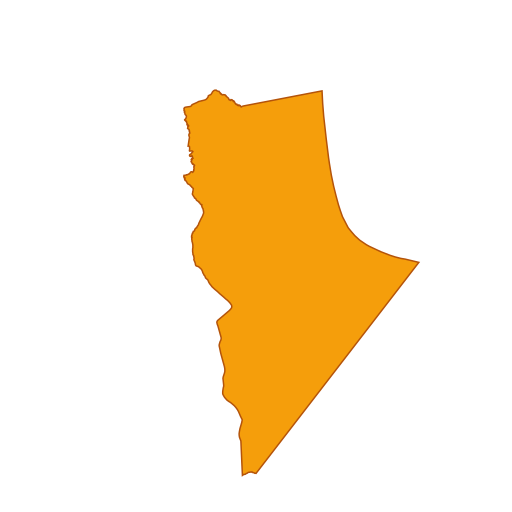 the district of Chiengi, Luapula, Zambia, rotated 136°
{"feature_id": "96606910B82152127957425", "entity_name": "Chiengi", "entity_type": "district", "adm_level": 2, "iso_a3": "ZMB", "parent_name": "Zambia", "parent_adm1": "Luapula", "projection": "albers", "projection_center": [29.176, -8.776], "detail": "fine", "context": "isolated", "style": "filled", "palette": "amber", "viewbox_px": 512, "rotation_deg": 136, "n_neighbors": 0, "source": "geoboundaries", "source_scale": "gbopen_adm2", "svg_char_len": 6013}
<svg xmlns="http://www.w3.org/2000/svg" viewBox="0 0 512 512"><g transform="rotate(136 256 256)"><path d="M395.4,133.4L418.2,107.6L417.6,107.5L416.5,107.4L416.4,107.2L416.1,107.0L415.9,106.8L415.3,106.5L415.1,106.4L414.6,106.4L414.2,106.3L413.3,105.9L412.6,105.9L411.5,105.5L410.7,104.8L410.3,104.6L409.9,104.3L409.6,103.8L409.1,103.7L408.7,103.0L408.7,102.3L408.1,101.7L407.8,100.5L407.3,100.1L407.0,99.6L143.3,138.3L150.9,150.2L153.5,153.7L156.4,158.4L159.1,163.4L163.3,172.5L167.8,184.3L168.8,187.6L170.4,195.3L170.8,202.0L170.5,207.4L170.1,212.0L169.9,212.9L166.5,224.2L163.9,229.9L161.1,235.6L156.8,243.4L151.6,252.4L145.6,261.9L139.1,271.3L135.6,276.2L124.4,291.1L110.3,309.4L102.0,319.5L93.8,328.9L160.9,372.7L161.5,373.0L162.1,373.2L162.7,373.4L162.9,373.4L163.1,373.5L163.2,373.8L163.0,374.2L163.0,374.5L162.9,375.0L163.2,375.1L163.2,375.3L163.1,375.5L163.2,375.8L163.2,376.2L163.4,376.5L163.6,376.3L164.0,376.2L164.4,376.7L164.6,377.2L164.4,378.6L164.5,378.7L164.9,378.7L165.0,378.9L165.0,379.1L164.7,379.0L164.8,379.2L164.9,380.4L164.6,381.1L164.3,382.3L164.7,382.4L165.0,382.7L164.9,383.0L164.6,383.1L164.5,383.3L164.4,383.4L164.8,384.1L164.7,384.6L164.7,384.9L164.8,385.2L165.1,385.4L165.3,385.8L166.1,385.5L166.3,386.3L166.6,386.5L166.6,386.8L166.8,387.1L166.8,387.4L166.4,388.0L166.2,388.6L166.4,391.0L166.5,391.6L166.5,391.8L166.2,392.1L166.3,393.3L166.4,393.6L166.8,393.8L167.1,394.5L168.2,395.2L168.5,395.7L168.5,396.6L168.6,396.8L168.4,396.8L168.6,397.5L168.4,397.5L168.4,398.0L168.4,399.7L168.2,400.1L168.5,400.4L169.3,401.7L169.4,402.9L169.8,403.3L170.6,404.0L171.6,404.3L173.2,404.3L174.7,403.8L176.3,403.5L178.2,404.2L179.2,404.3L179.9,403.7L181.5,403.4L183.0,403.3L184.7,403.9L190.0,407.0L191.7,407.4L196.9,409.3L197.7,409.0L198.6,409.0L199.4,409.2L203.0,411.8L204.2,412.4L204.5,412.4L205.5,412.0L205.5,411.6L206.3,411.1L206.7,410.7L206.8,410.4L206.6,409.8L206.7,409.6L206.8,409.5L207.4,409.4L207.7,409.1L207.7,408.6L208.6,407.2L208.7,406.8L208.6,405.8L208.8,405.1L209.3,404.6L210.6,403.8L211.0,403.7L211.7,403.4L212.3,403.7L212.8,403.5L212.9,403.1L212.8,402.7L212.9,401.9L212.5,401.6L212.5,401.1L212.9,400.7L213.3,400.1L213.5,399.2L213.6,398.9L214.0,398.8L214.4,398.5L214.5,398.2L214.3,398.0L213.9,398.1L213.9,396.8L214.0,396.5L214.4,396.2L215.0,396.3L215.1,396.5L215.2,396.4L215.7,395.8L216.2,395.6L216.6,395.3L216.4,393.8L216.3,393.5L216.7,392.8L216.8,392.8L216.9,392.5L217.2,392.3L217.1,392.0L217.8,391.3L218.1,390.5L218.2,390.4L218.6,390.3L218.8,390.4L219.7,390.1L220.5,389.4L221.4,387.7L221.8,387.2L222.8,386.6L228.5,382.2L228.0,381.8L227.8,381.1L228.0,380.7L229.4,379.0L230.3,378.4L230.8,377.9L230.9,377.6L229.6,376.6L229.0,375.9L228.8,375.1L229.0,374.9L230.0,374.9L231.6,374.5L232.4,374.8L233.4,374.9L233.9,374.6L234.2,374.1L234.2,373.6L234.0,373.2L233.5,372.8L232.5,372.7L232.4,372.1L232.8,371.6L233.3,370.7L233.4,370.1L233.9,370.3L234.2,370.7L234.4,370.7L234.9,370.6L235.0,370.1L235.2,370.3L235.4,370.4L235.6,370.4L235.8,370.0L235.7,369.7L236.2,369.2L237.0,369.1L237.2,368.9L237.1,368.7L237.2,367.8L237.5,367.4L237.7,367.0L237.5,366.3L237.8,366.1L237.7,365.7L237.3,365.5L237.4,365.3L237.3,365.0L237.2,364.2L237.5,364.0L237.5,363.8L238.2,363.8L238.3,363.7L238.3,363.4L238.9,363.2L239.1,362.8L239.4,362.6L239.5,362.2L240.0,361.8L240.6,361.5L240.7,361.2L241.1,361.1L241.3,360.7L241.7,360.7L242.3,360.2L242.9,360.3L243.4,360.2L243.5,361.0L244.0,361.5L244.4,361.7L244.7,361.8L246.7,361.4L246.9,361.5L247.3,361.6L247.5,361.8L247.9,361.8L249.2,362.3L249.5,362.7L250.1,362.7L250.8,363.4L251.5,363.6L251.7,363.9L252.0,363.6L252.4,363.5L252.5,363.6L252.7,363.4L252.8,362.5L252.9,362.4L253.1,362.4L253.3,362.4L253.4,362.1L253.4,361.6L253.4,361.4L253.1,361.2L253.8,360.9L253.8,360.6L254.1,360.6L254.4,359.9L254.5,359.6L254.3,359.3L254.2,358.6L254.5,357.0L254.7,356.5L254.9,355.7L254.9,355.2L254.4,353.8L254.2,352.8L254.4,351.8L254.1,350.9L254.4,350.1L254.2,348.1L254.8,347.7L256.2,346.5L256.7,346.3L257.3,345.7L258.2,345.2L258.7,344.8L258.9,344.5L259.3,342.8L259.6,341.0L259.9,340.5L259.8,340.0L259.6,339.7L259.6,338.9L260.0,337.7L260.0,337.4L260.0,337.0L259.7,335.9L259.7,335.2L259.4,334.7L259.5,334.3L259.8,334.0L259.6,333.1L259.8,332.5L259.9,331.8L259.6,331.1L259.3,330.7L259.4,330.4L259.9,330.5L260.0,330.3L261.1,328.0L261.2,327.0L261.5,326.4L262.0,326.0L262.3,325.1L262.5,324.8L263.0,324.4L263.1,324.0L264.0,323.2L265.5,322.5L267.0,321.8L269.6,321.0L274.5,319.2L275.6,318.5L277.7,318.1L278.7,317.8L279.1,317.5L279.4,317.6L279.6,317.8L280.5,317.9L281.7,317.5L282.6,316.9L283.6,317.0L283.9,317.2L284.1,317.0L284.7,317.0L285.4,316.4L285.8,316.6L286.0,316.5L286.8,316.1L287.0,315.8L287.7,315.6L288.0,315.2L288.6,315.1L288.7,314.8L288.8,314.5L289.2,314.3L289.1,314.0L289.2,313.8L289.4,313.9L289.8,313.4L290.4,312.9L291.7,311.1L292.0,310.8L292.3,310.0L293.9,307.6L294.4,307.2L295.0,306.5L295.6,305.9L296.7,305.1L298.6,303.1L300.1,301.0L300.4,300.8L300.6,299.6L300.8,299.5L301.1,298.9L302.1,297.4L302.4,297.0L302.9,296.9L303.6,295.8L303.9,294.9L304.0,294.6L304.4,293.7L304.6,293.2L305.7,291.6L305.9,290.5L305.4,289.4L304.8,288.4L304.5,284.9L304.7,283.5L305.0,282.8L305.2,282.1L305.8,281.1L306.1,280.2L306.3,279.2L306.6,278.7L306.7,277.0L307.5,275.3L307.3,272.1L308.1,270.2L308.6,268.3L308.7,266.7L309.0,264.5L308.8,260.7L308.4,257.1L308.3,254.2L307.8,249.2L307.6,245.9L307.3,243.8L307.3,241.7L307.3,240.6L307.7,237.8L308.3,236.7L309.1,236.0L309.9,235.6L311.3,235.4L313.1,235.3L328.5,236.3L329.7,235.9L330.4,235.3L331.4,233.6L331.9,232.3L334.5,227.5L337.7,221.6L338.4,220.8L339.4,220.1L340.2,219.7L341.0,219.5L343.2,218.3L344.4,217.5L345.0,216.8L349.0,210.4L355.6,198.3L356.9,196.4L358.5,194.7L360.0,193.7L363.4,191.9L364.7,191.0L369.0,185.5L369.7,184.8L371.3,183.8L373.9,181.8L375.5,180.2L375.9,179.5L376.3,178.2L376.8,176.2L377.0,172.7L376.6,170.2L376.2,168.8L376.0,167.6L375.6,163.5L375.7,161.1L376.1,158.3L376.7,156.1L378.4,151.7L379.7,147.7L382.0,146.1L387.4,143.0L390.1,141.1L391.7,139.8L392.9,138.4L393.8,137.1L395.4,133.4Z" fill="#f59e0b" stroke="#b45309" stroke-width="1.5"/></g></svg>